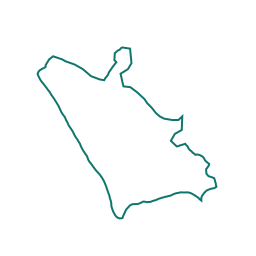 Okigwe, Imo, Nigeria, rotated 152°
{"feature_id": "59680162B88090020431393", "entity_name": "Okigwe", "entity_type": "district", "adm_level": 2, "iso_a3": "NGA", "parent_name": "Nigeria", "parent_adm1": "Imo", "projection": "equal_earth", "projection_center": [7.304, 5.82], "detail": "fine", "context": "isolated", "style": "outline", "palette": "teal", "viewbox_px": 256, "rotation_deg": 152, "n_neighbors": 0, "source": "geoboundaries", "source_scale": "gbopen_adm2", "svg_char_len": 3131}
<svg xmlns="http://www.w3.org/2000/svg" viewBox="0 0 256 256"><g transform="rotate(152 128 128)"><path d="M171.2,222.2L172.1,220.6L174.2,220.4L176.2,220.6L177.6,220.4L178.8,220.4L180.6,219.7L182.4,218.3L182.7,216.4L182.8,212.4L182.6,209.8L181.9,206.5L181.3,203.1L180.8,199.6L180.3,196.7L180.1,193.2L179.8,190.6L179.6,189.6L179.6,189.1L179.5,187.7L179.3,185.3L179.2,183.2L179.0,180.8L179.2,176.8L179.4,173.2L179.1,169.9L178.6,167.1L179.0,164.0L178.8,161.9L179.0,160.2L179.1,157.4L178.6,153.1L178.4,150.0L178.4,149.9L178.6,147.6L178.5,145.0L178.1,141.5L178.0,138.6L177.8,136.7L178.2,134.1L178.2,130.6L178.2,130.0L178.1,128.2L177.8,125.1L177.4,122.3L178.0,118.7L177.9,116.3L177.5,114.4L177.2,112.5L177.0,110.9L176.4,106.8L176.0,104.7L175.3,102.3L174.9,100.6L174.7,99.5L174.3,96.2L174.2,94.0L174.2,92.1L174.4,89.5L174.6,87.9L174.8,86.0L175.2,84.2L175.3,83.6L175.5,81.9L176.0,79.0L176.1,77.0L176.6,75.8L177.0,74.6L177.2,72.7L177.9,69.9L178.7,68.2L179.4,66.6L180.1,62.8L180.3,61.1L180.3,58.0L180.0,55.4L179.0,53.3L177.6,51.9L175.1,51.1L173.8,52.4L173.3,52.8L171.8,53.9L170.5,54.9L169.3,55.8L168.2,56.7L166.4,57.4L164.9,57.9L163.6,58.4L162.4,58.8L159.8,58.6L157.3,57.4L155.4,56.4L154.0,56.1L151.9,55.9L149.2,55.9L147.8,55.1L146.3,53.7L144.9,53.2L142.8,52.2L141.8,52.1L140.3,52.0L138.4,51.5L136.4,51.2L135.2,51.2L133.5,51.0L132.2,50.7L130.7,50.5L130.0,50.3L128.7,50.0L127.1,49.7L125.9,49.2L124.5,49.0L122.9,48.5L121.4,48.3L118.7,48.2L117.1,48.0L115.2,47.5L113.8,47.0L112.5,46.7L111.8,46.5L111.7,46.5L110.1,45.5L108.9,44.8L107.0,43.9L105.1,42.9L103.3,41.2L102.3,39.8L101.2,38.1L99.5,35.0L98.6,33.3L98.3,31.7L97.3,29.5L96.2,31.7L94.8,33.1L92.7,34.2L91.2,34.9L89.7,35.4L87.5,35.9L84.7,35.6L83.2,35.4L81.9,34.9L79.7,34.4L78.4,34.5L77.5,34.6L77.2,36.0L77.0,36.8L76.6,37.6L76.4,38.4L76.3,39.4L75.9,40.7L75.8,41.5L75.7,41.7L75.6,42.6L75.5,43.3L75.9,43.6L76.3,44.3L77.3,45.4L78.1,46.2L78.9,47.1L79.5,47.6L80.0,49.8L80.2,50.4L80.0,51.4L79.6,52.2L79.2,53.1L78.9,53.9L78.6,54.5L78.3,55.0L77.6,55.3L76.9,55.5L76.6,55.8L76.0,56.1L75.4,56.3L74.9,56.7L74.1,57.1L73.7,57.5L73.5,57.9L73.2,58.3L73.7,59.2L74.1,60.2L74.3,60.8L74.6,61.5L74.9,62.3L75.1,62.8L75.1,63.3L75.2,64.2L75.1,65.2L75.1,65.8L75.2,66.6L75.4,67.0L75.5,67.3L75.6,67.7L76.1,68.5L76.5,69.1L77.1,70.1L77.7,70.8L78.2,71.2L78.6,71.5L78.9,71.8L79.4,72.2L79.9,72.4L80.5,72.5L81.0,72.6L81.3,73.1L81.5,73.8L81.9,74.8L82.3,75.3L82.5,76.1L82.7,76.7L82.9,77.7L83.2,78.3L83.6,79.3L83.8,79.7L84.0,80.3L84.0,80.7L84.1,81.9L84.1,82.6L84.0,83.3L84.1,84.1L84.3,84.7L84.6,85.4L84.7,85.9L84.8,86.3L84.8,86.7L84.9,87.2L86.2,87.4L88.4,87.8L90.3,88.2L91.9,88.4L93.0,88.6L93.6,88.9L96.2,96.5L89.4,100.8L81.5,101.0L74.6,112.8L79.7,111.4L80.7,111.9L85.1,114.2L91.7,119.3L94.4,123.1L96.4,128.3L97.6,135.0L99.4,140.9L99.9,145.9L103.2,155.3L106.8,163.0L112.5,166.9L109.1,179.4L100.4,180.0L94.5,183.6L88.9,197.1L95.1,201.7L96.2,201.9L98.7,201.0L100.4,201.2L104.5,200.3L108.1,194.4L107.4,191.6L113.2,189.0L118.7,186.1L121.1,184.1L124.8,182.6L126.6,181.4L130.1,184.1L136.3,191.1L140.3,201.3L145.4,209.2L151.8,216.2L153.9,219.5L160.5,226.5L165.4,225.6L171.2,222.2Z" fill="none" stroke="#0f766e" stroke-width="2"/></g></svg>